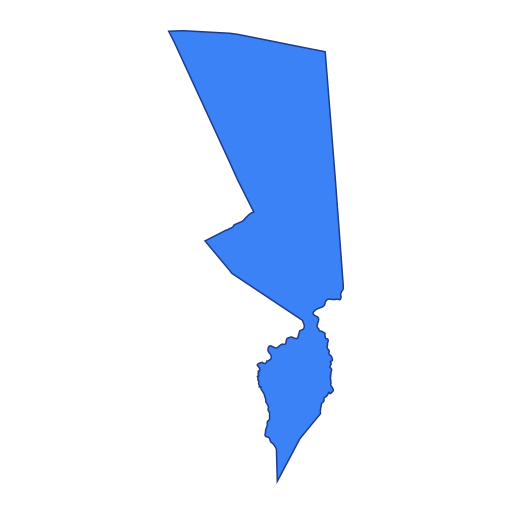 Santa Maria del Real, Olancho, Honduras
{"feature_id": "27666195B43578423594427", "entity_name": "Santa Maria del Real", "entity_type": "district", "adm_level": 2, "iso_a3": "HND", "parent_name": "Honduras", "parent_adm1": "Olancho", "projection": "natural_earth1", "projection_center": [-85.945, 14.782], "detail": "fine", "context": "isolated", "style": "filled", "palette": "blue", "viewbox_px": 512, "rotation_deg": 0, "n_neighbors": 0, "source": "geoboundaries", "source_scale": "gbopen_adm2", "svg_char_len": 6006}
<svg xmlns="http://www.w3.org/2000/svg" viewBox="0 0 512 512"><path d="M266.9,361.1L266.8,361.8L266.0,362.9L265.3,363.3L265.0,363.5L264.5,363.5L263.8,363.4L263.0,363.0L262.5,362.4L262.3,362.4L262.0,362.4L260.6,362.7L259.7,363.0L258.2,363.8L257.7,364.2L257.4,364.5L257.3,365.0L257.3,365.4L258.1,366.3L258.9,367.3L259.2,367.7L259.5,368.4L259.6,368.8L259.6,369.4L259.5,369.9L259.5,370.2L259.6,370.5L259.6,370.8L259.6,371.1L259.4,371.2L258.9,371.3L258.5,371.1L258.3,371.2L258.2,371.3L258.3,371.9L258.6,372.3L258.7,372.6L258.6,372.9L258.5,373.1L258.1,373.3L258.0,373.5L258.1,374.0L258.6,374.6L258.8,375.4L258.8,375.7L258.8,375.9L258.7,376.0L257.9,376.1L257.5,376.1L257.4,376.2L257.4,376.3L257.4,376.6L257.6,377.0L257.9,377.6L258.2,378.1L258.2,378.3L258.0,379.0L257.8,379.4L257.8,379.6L258.2,380.5L258.5,380.9L258.8,381.1L258.9,381.3L258.8,381.9L258.6,383.1L258.6,383.7L258.7,384.1L258.8,384.3L258.9,384.5L259.2,384.7L259.4,385.0L259.3,386.0L259.3,387.0L260.8,386.7L260.9,386.8L260.9,388.6L261.0,388.8L261.2,389.3L261.8,390.4L262.7,391.4L262.8,391.6L262.9,391.9L263.1,392.4L263.6,393.2L264.0,393.6L264.1,393.8L264.3,395.0L265.6,398.8L265.9,402.1L266.2,402.6L267.3,404.2L267.7,405.3L268.3,406.3L268.4,406.7L268.5,407.0L268.4,407.4L268.1,408.9L268.0,409.6L268.2,410.4L268.6,411.3L268.9,411.7L269.3,412.1L269.5,412.4L269.5,412.7L269.6,413.3L269.5,414.5L269.6,417.5L269.6,418.6L269.5,419.2L269.2,419.7L268.7,420.3L267.7,421.2L267.5,421.6L267.3,422.0L267.2,422.7L267.3,425.1L267.0,425.9L266.7,426.9L265.9,429.1L265.7,429.7L265.6,430.2L265.5,432.1L265.3,433.4L265.0,434.5L265.0,435.1L265.1,435.6L265.3,435.9L265.6,436.3L266.0,436.6L266.5,436.8L268.4,437.3L268.8,437.5L269.1,437.8L269.3,438.1L269.6,438.8L269.9,439.5L270.3,440.9L270.7,441.9L271.1,442.3L271.9,442.8L272.6,443.4L273.1,443.9L273.7,444.6L275.3,446.8L276.4,449.1L277.3,481.3L299.9,438.7L311.0,425.1L320.4,413.8L320.5,413.0L320.3,411.7L320.4,410.7L320.6,409.0L320.7,407.8L321.0,406.8L321.3,404.3L321.4,403.8L321.8,403.2L322.5,402.6L323.3,401.9L323.6,401.6L323.8,401.3L323.9,400.9L324.0,400.5L324.0,399.4L323.9,398.3L324.0,398.1L324.6,397.5L325.8,396.8L326.3,396.4L326.7,395.9L327.1,395.5L327.9,394.2L328.4,393.0L328.8,392.4L329.0,392.3L329.3,392.7L329.4,393.2L329.7,393.5L330.1,393.6L330.5,393.5L331.3,392.9L332.3,391.9L333.1,390.9L333.3,390.6L333.3,390.3L333.3,389.7L332.9,388.7L331.8,386.8L330.9,385.5L330.6,384.7L330.6,384.3L330.9,383.8L331.0,383.1L331.0,382.6L330.7,381.5L330.7,380.8L330.9,380.2L330.4,379.4L330.3,379.1L330.5,378.8L330.5,378.6L330.5,378.3L330.3,377.7L330.4,377.3L330.5,376.9L330.7,376.5L330.8,376.1L330.7,375.6L330.4,375.2L330.4,374.8L330.4,374.6L330.8,374.2L331.1,373.7L331.1,373.4L330.8,372.7L331.5,370.8L331.6,370.0L331.6,369.5L331.4,368.9L330.3,367.5L330.0,367.1L330.0,366.8L330.0,366.5L330.1,366.2L331.0,364.5L331.2,363.9L331.2,363.6L331.1,363.3L330.9,362.8L330.5,362.1L330.4,361.7L330.5,361.5L330.6,361.4L331.7,361.0L332.1,360.7L332.3,360.5L332.4,360.3L332.4,359.6L332.3,358.9L332.0,357.9L331.6,356.9L331.2,356.1L330.6,355.4L329.5,354.6L329.2,354.2L329.0,353.7L328.9,353.2L329.0,352.8L329.1,352.2L329.2,351.7L329.2,351.1L329.1,350.7L329.0,350.4L328.6,349.8L328.2,349.4L327.7,349.0L327.6,348.7L327.3,348.2L327.2,347.7L327.1,347.3L327.1,346.8L327.1,346.5L327.4,345.8L327.5,344.9L327.5,344.2L327.5,343.5L327.5,343.2L327.6,342.9L327.9,342.1L328.1,341.4L328.2,340.5L328.1,339.9L327.9,339.3L327.5,338.9L326.9,338.7L326.4,338.8L326.1,338.7L325.7,338.6L325.6,338.4L325.4,337.8L325.3,336.8L325.0,336.0L324.9,335.1L325.1,334.2L325.1,333.9L325.0,333.5L324.8,333.1L324.5,332.9L324.2,332.7L323.9,332.6L323.6,332.6L323.3,332.4L322.4,331.7L321.6,331.2L321.3,331.2L320.8,331.1L320.2,331.0L319.7,330.9L319.4,330.7L319.1,330.3L318.8,329.4L318.6,328.7L317.9,328.0L317.5,327.6L317.3,327.3L317.0,326.7L317.0,326.3L317.0,326.0L317.7,323.3L318.2,321.7L318.6,320.2L318.7,319.3L318.6,318.5L318.2,317.7L317.9,317.2L317.6,317.0L317.2,316.7L316.2,316.3L314.8,315.5L313.7,314.7L313.5,314.4L313.3,314.0L313.2,313.5L313.1,313.1L313.2,312.4L313.4,312.0L314.3,311.1L315.9,309.6L317.2,308.9L318.7,308.3L321.2,307.4L322.2,307.0L323.1,306.5L323.6,306.1L324.3,305.3L324.8,304.3L325.0,303.6L325.1,302.5L325.3,302.1L325.8,301.2L326.7,300.1L327.1,299.7L327.6,299.4L328.2,299.2L329.0,299.1L331.9,299.4L333.8,299.5L335.0,299.5L336.2,299.2L337.0,299.2L338.3,299.3L339.0,299.6L339.3,299.7L339.7,299.7L340.1,299.5L340.4,299.1L340.7,298.6L340.9,298.0L341.1,297.4L341.1,297.1L340.9,296.1L340.7,294.7L340.7,294.0L340.8,293.5L341.1,292.7L341.8,291.3L342.9,289.7L343.1,289.2L343.2,288.8L343.2,287.5L343.3,286.2L335.4,180.0L325.2,51.8L238.0,34.4L230.3,33.3L183.3,30.7L168.7,31.2L173.9,41.4L230.3,163.6L237.7,180.0L253.8,212.0L252.6,212.4L251.3,212.9L248.9,214.7L245.9,217.6L243.3,220.6L241.5,221.7L237.7,223.3L234.1,224.9L233.6,225.6L233.2,226.5L232.4,227.3L231.4,227.9L230.2,228.4L229.2,228.6L228.9,229.1L228.5,229.4L228.0,229.7L227.4,229.9L226.4,230.0L205.0,240.9L230.2,271.1L231.9,273.4L302.7,320.5L302.7,321.0L303.0,321.9L303.5,323.2L304.0,324.3L304.2,325.6L304.3,326.3L304.2,327.2L304.0,327.9L303.5,328.8L303.1,329.2L302.7,329.5L302.2,329.8L300.6,330.3L300.0,330.6L299.9,330.7L299.5,331.6L298.7,334.3L298.3,336.1L298.1,336.9L297.6,337.9L297.4,338.2L297.1,338.4L296.7,338.5L296.4,338.6L295.2,338.4L294.3,338.1L291.6,337.0L291.2,337.0L289.2,337.5L287.9,338.0L287.5,338.3L287.1,338.6L286.8,338.9L286.6,339.4L286.3,340.4L286.0,342.1L285.8,343.0L285.6,343.7L285.3,344.0L285.2,344.1L284.9,344.2L284.1,344.3L283.6,344.3L282.9,344.2L282.5,344.2L281.8,344.3L281.3,344.5L280.5,345.0L277.5,347.5L277.2,347.7L276.8,347.9L276.4,348.0L276.0,348.0L274.9,347.7L273.2,347.0L271.7,346.1L271.0,345.9L270.4,345.9L269.9,345.9L269.4,346.2L269.0,346.5L268.7,346.9L268.5,347.2L268.3,347.7L268.1,348.4L267.9,349.5L268.0,350.1L268.0,350.6L268.4,351.5L268.8,352.3L269.2,352.9L270.1,353.7L270.7,354.9L271.1,355.7L271.2,356.3L271.3,356.9L271.3,357.6L271.2,358.2L270.9,358.7L270.4,359.3L269.9,359.7L268.9,360.4L267.8,361.0L267.2,361.2L266.9,361.1Z" fill="#3b82f6" stroke="#1e3a8a" stroke-width="1.5"/></svg>